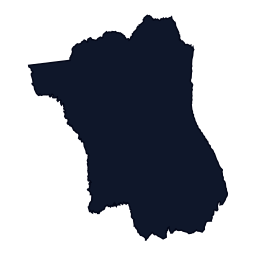 the district of Medicilândia, Pará, Brazil
{"feature_id": "56859067B67123730011126", "entity_name": "Medicilândia", "entity_type": "district", "adm_level": 2, "iso_a3": "BRA", "parent_name": "Brazil", "parent_adm1": "Pará", "projection": "equal_earth", "projection_center": [-53.215, -3.165], "detail": "fine", "context": "isolated", "style": "filled", "palette": "ink", "viewbox_px": 256, "rotation_deg": 0, "n_neighbors": 0, "source": "geoboundaries", "source_scale": "gbopen_adm2", "svg_char_len": 5737}
<svg xmlns="http://www.w3.org/2000/svg" viewBox="0 0 256 256"><path d="M171.5,16.9L170.2,18.1L169.3,17.8L168.7,18.7L167.6,18.6L167.0,19.1L166.0,18.1L164.0,19.3L163.3,18.2L162.4,19.2L161.2,18.8L160.3,20.2L159.1,20.5L157.6,19.2L155.9,19.7L155.2,19.0L154.0,20.0L153.3,20.0L152.9,18.8L151.8,18.2L151.4,17.3L150.6,16.4L149.9,16.5L149.3,15.7L148.6,16.0L147.3,15.4L144.2,18.0L143.8,19.3L143.3,19.7L143.6,21.1L143.4,22.1L140.0,24.9L139.2,25.0L139.2,25.8L138.6,26.8L137.9,26.5L137.1,27.8L137.0,28.9L136.3,29.9L133.8,32.2L133.8,32.9L132.4,34.0L132.8,35.2L132.0,36.8L131.3,36.5L130.7,37.7L130.5,38.9L129.1,40.1L128.9,39.4L128.4,38.8L126.4,39.2L125.7,38.7L125.4,37.7L124.4,37.2L124.6,36.3L124.2,35.8L123.2,35.5L122.7,34.5L121.7,34.5L121.5,33.8L120.0,32.9L119.4,33.3L118.0,32.6L116.7,32.9L115.6,31.6L114.4,31.9L112.0,31.6L111.4,32.5L109.8,32.0L109.2,32.4L108.4,32.1L107.2,32.8L106.5,31.8L103.5,34.4L102.8,37.4L102.0,38.0L101.6,37.6L100.3,37.2L98.0,38.6L97.0,40.0L95.8,40.4L91.7,39.5L90.9,38.1L90.3,37.8L87.9,39.3L87.7,41.9L86.8,42.0L86.1,41.1L84.2,40.1L83.6,41.0L81.6,42.2L81.5,43.0L80.6,43.7L78.8,44.2L77.3,43.9L75.4,45.5L74.8,46.7L73.8,46.8L72.4,48.7L72.2,49.8L72.7,51.7L71.6,55.3L71.1,55.6L70.8,56.8L70.1,57.7L70.0,60.4L28.7,65.4L28.9,66.8L30.6,67.8L31.2,68.6L31.5,70.5L32.3,71.0L32.9,72.1L32.6,73.2L31.7,73.2L31.4,73.8L31.4,75.0L32.7,79.2L33.2,82.5L33.1,83.6L32.2,83.6L32.3,84.2L34.6,86.6L34.4,87.6L34.7,89.3L36.6,93.4L38.4,95.2L38.9,95.4L39.4,95.1L39.3,94.3L39.8,93.9L40.6,95.0L41.6,95.3L43.2,94.6L44.2,94.8L44.7,94.4L45.8,94.8L49.4,94.6L49.5,96.1L50.1,96.8L51.0,96.3L51.4,95.8L51.7,94.4L52.2,94.3L53.4,95.1L52.7,96.9L52.9,97.6L54.5,97.7L54.9,97.3L55.9,97.7L57.3,97.0L57.5,99.0L57.1,100.3L57.9,101.3L59.0,100.1L60.6,100.2L61.0,100.8L60.6,102.2L61.1,104.5L61.6,105.1L62.7,103.5L63.3,103.4L63.8,104.7L63.7,106.1L64.2,107.3L63.8,108.9L64.8,109.5L65.4,110.6L65.1,111.3L64.0,111.4L64.6,112.8L65.6,113.0L64.7,116.5L65.8,118.2L66.5,118.2L68.6,119.6L68.1,120.9L68.0,122.4L67.5,122.6L67.4,123.3L67.7,123.9L69.3,124.5L69.9,125.5L70.6,125.3L70.9,126.0L71.4,126.3L71.9,125.9L73.8,130.2L74.3,130.3L76.5,132.5L78.6,133.4L79.2,135.5L78.6,138.2L79.8,139.4L80.4,139.4L80.5,138.7L81.0,138.8L81.7,141.7L83.0,141.6L83.9,142.5L84.3,146.2L86.1,150.7L86.4,152.9L86.7,153.5L87.7,153.4L88.2,154.9L88.7,155.2L88.1,156.9L88.3,157.5L88.2,158.3L87.4,160.5L88.0,162.6L87.9,163.4L87.5,163.8L88.3,167.4L88.1,168.3L88.3,169.1L87.9,170.5L88.3,172.8L88.8,172.8L88.6,175.0L87.9,176.5L88.3,177.3L88.0,179.9L88.4,180.8L88.9,180.9L89.3,180.5L90.3,180.9L91.0,182.3L90.5,182.6L90.1,182.1L89.1,183.8L89.3,184.5L90.0,184.2L90.2,184.9L89.6,186.7L89.5,188.2L88.4,189.5L88.0,189.1L87.6,189.6L88.1,190.3L89.1,190.6L90.3,192.2L90.6,192.9L90.4,194.6L91.4,194.6L91.9,195.0L92.0,195.8L91.7,200.9L90.0,202.9L89.1,206.6L88.4,207.0L89.6,211.3L90.5,210.7L91.2,212.1L92.5,212.9L92.6,211.2L93.3,210.8L94.3,212.1L95.5,212.5L96.9,212.3L97.8,212.7L97.7,213.4L99.0,213.4L99.3,212.8L99.3,211.7L99.8,211.8L100.1,211.1L101.2,211.0L101.8,210.2L103.6,209.5L104.3,208.9L105.0,206.6L107.0,205.3L107.6,205.1L108.3,206.4L109.6,206.4L110.5,205.8L110.7,206.7L111.8,205.6L112.9,206.3L113.4,205.6L113.1,205.0L113.8,203.8L114.1,205.7L115.4,205.8L115.4,204.2L116.4,206.0L116.6,205.1L118.3,204.8L118.5,204.0L119.7,204.8L119.8,203.5L120.4,202.8L122.6,204.3L123.7,202.3L124.6,203.2L125.0,202.7L126.1,204.1L126.7,203.5L126.6,202.8L127.7,202.6L127.8,203.3L128.8,203.8L129.1,204.4L129.2,205.6L129.8,206.6L130.2,209.3L131.0,209.8L131.2,210.8L130.8,211.7L131.7,213.7L131.5,216.9L132.8,218.5L134.0,219.4L133.7,220.5L134.4,225.2L134.2,226.0L135.1,226.2L135.7,227.7L137.5,229.7L138.1,232.4L138.9,232.5L140.5,235.2L141.7,235.4L144.0,236.7L145.7,238.4L145.6,240.6L146.6,238.8L147.8,237.8L148.6,236.3L152.2,232.4L154.5,234.6L156.2,234.4L158.2,236.1L160.3,237.0L163.1,238.8L166.2,237.2L166.0,233.3L166.5,232.0L166.2,230.9L167.3,230.5L167.8,228.0L169.0,227.2L169.5,230.1L170.7,232.1L170.9,233.0L172.3,232.9L172.8,232.4L173.3,231.2L175.4,230.0L175.4,229.3L175.9,228.9L177.3,230.1L178.7,230.4L181.5,230.1L183.0,231.0L187.4,232.2L188.9,233.5L191.7,233.0L192.7,232.3L193.3,232.5L196.5,230.0L196.8,230.5L197.9,231.0L199.7,231.1L202.1,232.0L204.3,229.4L204.2,226.3L204.8,225.8L205.9,222.2L207.4,221.1L211.3,221.0L211.2,220.3L212.1,217.8L211.9,216.0L212.7,214.9L213.1,215.0L213.5,214.4L213.8,210.7L214.1,210.1L215.2,209.7L216.1,210.6L217.0,210.6L217.7,209.7L217.2,205.7L218.3,202.1L219.5,201.5L220.3,202.3L220.1,204.8L221.3,204.4L222.0,204.5L222.5,204.1L225.0,200.0L225.7,197.8L227.0,195.8L227.2,194.8L227.3,193.1L226.4,190.8L226.2,188.7L225.6,187.4L225.2,183.4L224.5,181.5L223.1,180.2L223.1,177.2L222.3,175.7L222.2,173.6L221.8,171.4L222.2,170.6L222.2,169.7L220.3,167.8L219.0,165.6L218.1,163.3L218.0,162.5L216.5,159.8L214.3,153.6L213.8,153.0L212.7,150.3L210.5,148.2L210.0,145.7L208.3,144.4L207.6,141.5L206.8,141.3L206.6,140.3L205.7,139.1L205.2,139.5L204.3,136.4L203.8,136.4L203.3,135.8L201.8,132.8L201.0,132.6L199.8,129.8L198.1,128.3L197.5,125.9L196.8,125.5L195.8,122.6L195.0,121.3L194.4,118.7L193.3,116.4L193.4,114.8L192.4,113.4L192.4,111.6L191.7,109.5L191.1,104.2L191.5,103.5L191.4,101.7L191.9,99.8L191.5,97.9L191.9,95.7L191.6,94.1L191.7,93.4L191.5,91.8L192.2,89.7L191.7,88.0L192.5,85.3L192.5,84.6L191.6,83.1L191.0,83.0L190.3,81.2L190.4,79.4L191.0,78.0L191.3,72.7L191.7,71.3L191.1,67.9L191.7,66.2L191.4,64.3L191.7,59.5L192.6,55.8L193.0,51.3L193.7,49.5L193.2,48.8L192.9,47.0L192.4,47.7L191.8,47.8L190.8,46.4L190.8,45.3L190.0,45.8L187.5,44.5L184.8,44.8L184.4,43.4L183.4,42.1L182.8,41.9L182.5,41.1L181.2,41.0L179.8,39.9L180.3,39.7L179.4,38.4L179.7,36.6L179.4,35.9L179.5,35.1L178.6,34.5L178.6,32.5L176.1,27.2L175.3,25.1L175.4,24.1L174.9,22.3L173.4,21.4L173.2,20.6L172.0,19.4L171.5,16.9Z" fill="#0f172a" stroke="#020617" stroke-width="1.5"/></svg>